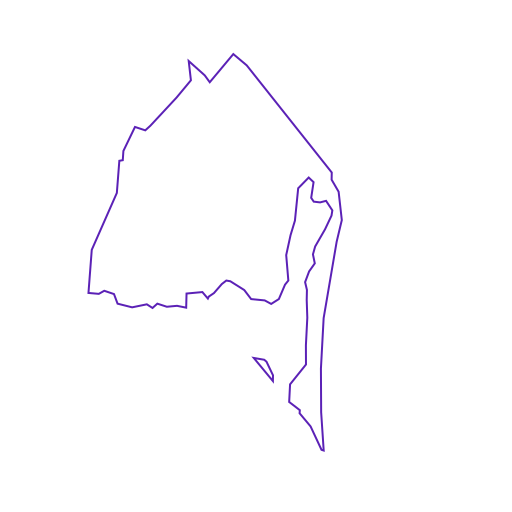 Calhoun, Texas, United States of America, rotated 311°
{"feature_id": "52423323B71782729975754", "entity_name": "Calhoun", "entity_type": "district", "adm_level": 2, "iso_a3": "USA", "parent_name": "United States of America", "parent_adm1": "Texas", "projection": "robinson", "projection_center": [-96.654, 28.395], "detail": "fine", "context": "isolated", "style": "outline", "palette": "violet", "viewbox_px": 512, "rotation_deg": 311, "n_neighbors": 0, "source": "geoboundaries", "source_scale": "gbopen_adm2", "svg_char_len": 1200}
<svg xmlns="http://www.w3.org/2000/svg" viewBox="0 0 512 512"><g transform="rotate(311 256 256)"><path d="M248.3,87.0L240.9,92.6L238.2,90.4L212.3,109.6L152.9,128.0L118.2,153.8L124.3,162.2L130.2,164.3L134.1,173.8L129.2,182.8L136.0,196.2L147.9,205.3L148.9,212.0L155.3,212.8L159.2,222.0L166.6,229.1L171.2,237.2L182.1,228.2L193.6,239.2L192.3,247.6L194.4,247.0L200.4,248.6L212.4,248.6L218.0,249.7L220.1,253.2L222.6,269.5L220.3,280.6L228.2,291.7L229.8,298.9L238.5,301.5L253.4,296.7L258.7,296.5L276.5,278.2L294.4,268.4L308.2,262.2L334.8,243.4L349.8,244.3L349.5,251.0L336.1,259.5L334.9,263.9L338.5,269.2L343.6,272.7L340.5,283.7L336.0,286.5L321.4,290.6L302.0,294.4L294.6,297.9L289.0,305.2L279.2,306.2L268.5,310.2L263.8,316.7L256.1,323.1L243.1,335.2L221.4,352.2L206.9,364.9L181.5,365.9L167.6,376.8L168.4,390.2L165.9,392.1L163.2,409.0L152.7,432.6L153.6,434.7L180.8,407.7L213.7,378.8L253.5,347.8L319.7,307.5L339.4,297.2L358.7,276.2L363.2,263.0L368.7,258.4L393.8,123.9L393.5,106.4L356.8,107.1L358.7,98.8L359.0,77.3L345.9,91.6L323.4,92.1L284.9,90.8L278.2,90.0L274.0,80.0L248.3,87.0ZM172.7,350.8L177.1,347.1L183.1,333.3L183.1,330.3L177.6,321.2L172.7,350.8Z" fill="none" stroke="#5b21b6" stroke-width="2"/></g></svg>